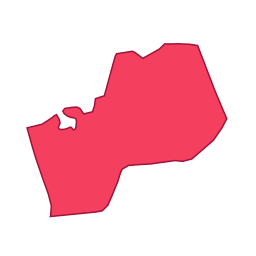 Wasat Al Gedaref, Gedarif, Sudan (Mercator projection), rotated 167°
{"feature_id": "16777658B33675422970031", "entity_name": "Wasat Al Gedaref", "entity_type": "district", "adm_level": 2, "iso_a3": "SDN", "parent_name": "Sudan", "parent_adm1": "Gedarif", "projection": "mercator", "projection_center": [35.181, 14.159], "detail": "fine", "context": "isolated", "style": "filled", "palette": "rose", "viewbox_px": 256, "rotation_deg": 167, "n_neighbors": 0, "source": "geoboundaries", "source_scale": "gbopen_adm2", "svg_char_len": 1387}
<svg xmlns="http://www.w3.org/2000/svg" viewBox="0 0 256 256"><g transform="rotate(167 128 128)"><path d="M29.7,114.8L31.7,126.1L32.8,132.5L34.8,144.1L41.1,189.1L41.6,192.7L49.0,195.7L59.5,198.6L68.5,200.5L73.4,201.7L79.8,197.8L98.0,192.5L98.4,193.2L99.3,194.2L104.1,199.9L106.5,201.8L122.5,202.9L124.3,200.8L131.5,187.6L140.1,171.6L143.1,166.1L143.8,164.7L148.8,164.3L153.1,163.9L155.7,157.2L158.9,151.8L167.9,151.7L168.5,152.9L170.4,157.8L173.1,159.9L178.1,160.7L180.2,160.9L184.9,161.3L186.8,160.0L187.7,159.0L187.4,158.0L187.1,156.7L186.6,156.0L185.3,154.3L183.7,152.8L181.7,151.4L178.7,150.2L177.2,149.3L176.7,148.2L176.8,145.4L178.0,142.2L178.9,139.8L180.0,138.8L181.0,138.5L181.9,138.8L182.3,139.7L182.7,140.7L183.5,141.6L184.2,141.8L186.3,141.4L188.1,141.1L190.0,141.1L192.0,141.3L194.7,142.0L195.4,142.8L195.6,144.1L195.2,145.2L194.5,146.1L194.1,146.9L193.6,147.1L193.3,147.5L193.1,148.1L193.1,149.4L193.1,151.0L193.2,151.9L193.4,153.2L193.8,154.2L194.6,157.1L197.7,156.3L199.7,155.1L210.9,151.0L226.3,150.8L225.5,132.4L224.7,119.9L222.6,99.4L220.5,81.8L220.2,69.2L220.6,68.1L221.6,64.8L222.5,62.1L223.1,60.0L223.3,59.3L223.4,59.2L178.3,53.4L171.8,53.1L165.1,57.2L159.2,65.1L153.7,72.9L150.0,78.1L145.4,86.0L143.0,89.2L135.9,91.4L125.2,89.8L114.1,87.9L89.6,85.7L82.2,83.2L72.7,83.5L47.6,96.8L36.8,106.6L29.7,114.8Z" fill="#f43f5e" stroke="#9f1239" stroke-width="1.5"/></g></svg>